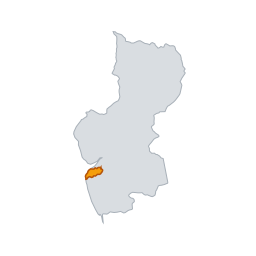 II-2 Somerset And Berks, Pomeroon-Supenaam, Guyana (highlighted), rotated 211°
{"feature_id": "73187651B32807906119363", "entity_name": "II-2 Somerset And Berks", "entity_type": "district", "adm_level": 2, "iso_a3": "GUY", "parent_name": "Guyana", "parent_adm1": "Pomeroon-Supenaam", "projection": "mercator", "projection_center": [-58.72, 7.1], "detail": "fine", "context": "in_parent", "style": "filled", "palette": "amber", "viewbox_px": 256, "rotation_deg": 211, "n_neighbors": 0, "source": "geoboundaries", "source_scale": "gbopen_adm2", "svg_char_len": 5149}
<svg xmlns="http://www.w3.org/2000/svg" viewBox="0 0 256 256"><g transform="rotate(211 128 128)"><path d="M82.1,119.9L76.7,113.9L71.2,107.8L65.9,101.9L65.6,101.1L67.8,98.2L69.8,96.2L71.4,95.0L72.2,94.0L71.6,89.7L71.7,88.1L70.9,86.4L70.3,84.4L71.0,82.8L71.8,81.7L72.8,81.3L75.3,80.9L77.1,80.7L77.7,80.1L78.7,79.4L80.1,79.3L82.7,79.8L83.9,78.9L86.0,77.6L90.9,75.3L92.0,73.8L92.8,71.5L92.7,70.5L92.2,70.1L91.0,69.7L89.1,69.6L87.6,70.2L86.1,69.9L84.8,68.5L84.8,67.3L85.5,65.7L85.1,64.6L82.6,61.1L82.7,60.2L84.4,58.6L85.4,57.3L86.8,54.1L87.9,53.0L91.3,52.7L92.1,52.0L93.9,50.3L96.4,48.4L100.1,46.9L101.2,44.1L101.8,43.3L104.8,41.8L105.3,41.1L105.2,40.4L100.5,34.1L101.4,34.5L105.1,38.6L107.1,39.5L107.6,39.5L107.6,38.5L109.4,38.9L114.3,41.7L121.3,46.3L131.2,55.0L134.0,58.3L135.9,59.9L138.8,63.7L139.7,65.5L139.6,72.9L137.0,77.9L136.4,81.7L136.2,86.6L134.7,89.5L136.7,88.0L137.3,83.5L139.1,80.7L141.3,77.7L144.2,77.0L147.4,78.3L150.0,78.5L152.3,79.4L157.1,84.2L161.8,88.0L163.5,91.0L168.5,92.5L171.5,94.9L172.4,97.0L173.0,102.5L172.1,110.6L172.3,111.1L171.0,112.7L170.7,113.7L169.9,115.5L169.2,116.5L170.2,118.8L171.3,118.9L171.7,119.2L172.0,119.6L171.9,120.1L171.5,120.5L170.4,121.1L169.4,122.4L169.5,123.8L168.9,124.6L166.8,125.0L162.8,125.0L160.8,125.1L159.2,125.3L158.1,126.2L156.8,126.9L155.8,127.0L154.9,128.1L153.9,129.7L154.3,130.7L155.2,132.1L155.8,133.5L155.0,135.9L154.2,137.7L153.8,139.0L153.1,141.7L151.6,144.6L150.5,146.2L150.5,148.0L151.0,150.5L154.2,154.3L155.2,156.0L156.1,158.9L159.0,161.1L160.8,162.9L160.6,165.3L160.8,166.0L161.9,166.6L163.3,167.1L164.8,167.1L166.1,166.9L166.5,166.5L169.6,166.5L169.9,167.1L170.1,170.5L170.2,171.9L170.9,172.5L171.4,173.3L171.4,174.1L171.6,176.0L172.0,177.0L171.9,179.1L172.3,179.8L173.1,180.3L174.2,181.8L174.6,182.0L174.8,182.5L175.7,184.6L176.2,185.2L176.5,185.3L176.7,186.0L177.4,188.0L177.8,188.5L178.7,189.9L179.0,191.5L180.2,193.3L181.3,194.5L181.9,195.8L183.4,198.6L184.8,200.6L186.8,201.1L188.4,201.4L189.4,202.2L190.4,203.0L189.4,203.4L188.4,203.9L187.0,203.5L185.2,203.7L183.2,204.3L181.4,204.6L178.1,203.7L177.0,203.6L176.3,203.2L174.9,201.4L174.3,201.2L172.5,202.0L170.3,202.6L169.2,202.5L167.9,203.1L166.8,203.9L164.5,207.3L163.4,208.5L162.2,209.1L159.7,209.1L157.0,209.2L155.1,210.0L153.2,210.5L152.3,210.5L152.0,212.4L151.5,213.3L151.0,213.8L149.5,213.9L148.2,213.9L147.4,213.1L146.0,212.7L144.7,212.4L143.8,211.9L143.2,212.1L142.6,212.8L142.2,213.5L141.8,214.8L139.8,215.1L139.0,215.8L139.4,218.2L139.2,219.1L138.8,219.8L136.4,219.9L134.4,219.9L133.3,220.7L131.8,221.7L130.9,221.9L129.9,221.8L128.5,220.7L127.2,219.3L123.8,218.3L120.5,217.4L118.3,215.2L117.8,214.1L116.8,213.6L114.2,210.9L112.8,209.2L111.2,208.7L109.4,208.0L109.5,206.8L109.4,205.6L108.6,205.1L107.5,204.8L107.2,204.1L107.3,202.5L107.5,198.5L107.2,194.6L104.8,193.2L103.8,192.3L101.9,186.6L101.1,184.0L101.1,182.1L101.7,176.3L102.3,173.8L104.2,168.9L105.2,167.2L105.3,165.9L105.2,164.3L104.7,161.1L107.8,159.1L109.1,158.3L109.3,156.9L111.0,155.2L111.8,153.6L112.4,152.3L112.2,151.6L111.5,151.2L110.6,150.0L108.8,146.5L108.2,145.8L107.6,144.8L107.9,143.3L108.6,141.6L108.5,140.9L107.4,140.0L105.2,138.5L103.3,138.3L101.9,137.8L99.8,137.7L98.1,137.6L97.2,137.0L97.4,136.1L97.8,135.3L99.2,133.6L100.1,131.7L100.3,129.9L100.6,127.4L101.0,125.3L101.2,123.0L99.0,121.4L98.3,120.1L97.3,119.0L96.3,119.0L94.8,118.5L92.4,120.0L90.5,119.7L89.3,120.3L86.3,120.2L84.4,119.4L82.1,119.9Z" fill="#d9dde1" stroke="#a8b0b8" stroke-width="1"/><path d="M138.7,73.9L139.8,72.0L139.8,71.4L140.0,70.9L140.0,70.7L139.9,69.9L139.6,69.0L139.6,68.8L139.6,68.6L139.7,68.3L139.7,67.7L139.9,67.1L139.9,66.4L139.9,66.2L139.8,65.3L139.7,64.9L139.5,64.5L138.8,63.8L138.3,63.4L138.1,63.1L137.7,62.4L137.4,62.7L137.2,62.8L137.1,63.0L136.9,63.4L136.8,63.6L136.8,63.9L136.9,64.1L136.9,64.3L136.9,64.5L136.8,64.8L136.8,65.1L136.7,65.3L136.5,65.5L136.4,65.8L136.2,66.0L136.0,66.3L135.8,66.4L135.7,66.6L135.2,66.7L134.8,66.7L134.5,66.7L134.2,66.8L133.9,66.8L133.7,66.9L133.5,67.1L133.3,67.4L133.1,67.6L132.9,67.8L132.8,68.0L132.8,68.5L132.9,68.8L132.8,69.1L132.7,69.3L132.5,69.5L132.2,69.6L131.7,69.8L131.4,69.9L131.2,70.1L131.1,70.3L131.0,70.5L130.9,70.8L130.8,71.0L130.7,71.2L130.6,71.5L130.6,71.8L130.5,72.1L130.4,72.3L130.2,72.6L130.0,72.8L129.8,72.9L129.5,73.0L129.3,73.1L129.1,73.2L128.6,73.5L128.3,73.9L128.2,74.1L127.9,74.5L127.9,74.9L127.9,75.2L127.8,75.4L127.8,75.8L127.8,76.0L127.7,76.2L127.6,76.5L127.7,76.8L127.7,77.0L127.8,77.4L127.7,77.7L127.7,78.0L127.8,78.3L127.9,78.5L128.0,78.8L128.2,79.0L128.4,79.1L128.7,79.2L128.9,79.2L129.2,79.2L129.5,79.1L129.9,78.9L130.1,78.9L130.3,79.1L130.2,79.3L130.1,79.6L130.3,79.8L130.6,79.9L130.8,80.0L131.0,80.3L131.0,80.0L131.2,79.9L131.4,79.8L131.6,79.7L131.9,79.7L132.1,79.6L132.3,79.4L132.5,79.3L132.8,79.1L133.0,79.0L133.1,78.8L133.3,78.6L133.4,78.4L133.5,78.2L133.5,77.9L133.5,77.7L133.6,77.4L133.8,77.2L134.0,77.1L134.5,77.0L135.0,77.1L135.5,77.0L135.7,76.8L135.8,76.6L135.9,76.3L135.9,76.0L136.0,75.8L136.0,75.6L136.0,75.3L136.4,75.0L136.6,74.9L136.8,74.8L137.1,74.7L137.3,74.6L137.5,74.4L137.9,74.2L138.1,74.1L138.3,74.0L138.7,73.9Z" fill="#f59e0b" stroke="#b45309" stroke-width="1.5"/></g></svg>